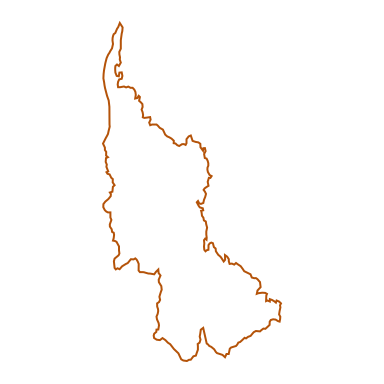 Araguanã, Tocantins, Brazil
{"feature_id": "56859067B14551772321426", "entity_name": "Araguanã", "entity_type": "district", "adm_level": 2, "iso_a3": "BRA", "parent_name": "Brazil", "parent_adm1": "Tocantins", "projection": "equal_earth", "projection_center": [-48.525, -6.736], "detail": "fine", "context": "isolated", "style": "outline", "palette": "amber", "viewbox_px": 384, "rotation_deg": 0, "n_neighbors": 0, "source": "geoboundaries", "source_scale": "gbopen_adm2", "svg_char_len": 4708}
<svg xmlns="http://www.w3.org/2000/svg" viewBox="0 0 384 384"><path d="M103.0,143.6L104.9,147.6L104.9,150.0L106.2,151.9L106.1,155.6L107.9,157.2L106.0,158.1L105.7,161.9L106.8,164.6L106.4,166.8L108.2,171.4L106.5,172.2L107.5,173.8L109.6,174.4L110.4,176.0L111.2,177.7L112.8,179.1L112.7,182.4L114.6,185.2L112.9,186.8L112.4,191.7L109.9,192.5L110.9,194.0L110.7,196.2L108.3,199.1L105.3,201.6L103.4,204.1L103.3,207.2L104.8,210.1L106.2,211.5L107.9,212.4L110.4,212.4L110.4,217.5L111.4,219.9L109.8,224.4L109.9,226.6L111.7,229.3L112.1,231.9L113.7,232.7L114.1,234.8L113.7,238.1L113.0,240.6L115.0,241.0L116.5,241.8L119.0,246.4L119.0,250.4L119.4,253.5L118.6,255.3L114.6,258.6L113.9,261.3L114.6,267.9L115.8,269.4L117.5,268.3L119.6,269.2L122.1,266.3L125.8,264.0L127.7,263.1L130.9,259.2L133.6,259.4L135.3,258.4L136.6,259.6L137.7,261.5L138.7,263.9L138.6,270.5L139.9,272.1L141.7,272.1L143.8,272.2L146.5,273.0L148.3,273.5L150.2,273.6L154.2,274.3L156.0,271.8L158.3,269.5L158.6,273.0L160.5,275.5L158.7,279.7L158.9,282.2L161.3,286.1L161.7,289.7L160.9,291.8L159.9,295.0L159.4,296.8L160.1,299.9L159.0,302.1L157.1,303.4L157.2,306.6L158.0,309.0L158.2,311.0L157.7,313.8L156.5,316.6L157.0,319.4L158.6,323.0L159.0,325.3L158.3,329.5L156.5,329.6L156.3,331.9L154.2,333.7L153.7,335.6L154.1,338.0L156.7,339.7L159.9,340.1L162.5,338.1L165.4,340.1L167.9,342.7L170.2,344.2L173.9,349.0L178.4,353.3L181.2,359.3L183.3,360.5L186.9,361.0L189.0,359.8L190.8,359.7L193.4,356.3L195.9,355.6L196.5,353.6L197.9,349.7L197.9,346.0L197.7,344.0L199.6,342.6L200.5,339.6L199.7,336.6L200.2,334.0L200.8,329.7L203.2,327.9L206.7,343.5L208.1,344.5L209.2,345.9L211.3,346.9L214.2,349.3L215.8,351.9L217.0,353.1L219.8,354.0L222.5,354.9L225.0,357.2L226.5,354.0L228.7,354.0L229.8,348.7L231.1,347.5L234.0,346.6L236.0,346.0L237.3,344.5L238.3,342.6L240.1,342.0L241.8,340.5L244.6,337.8L246.0,338.4L248.1,336.8L250.6,335.9L252.4,333.7L253.7,332.2L255.9,331.0L260.0,331.4L261.5,330.0L263.4,328.6L265.4,328.8L267.6,326.8L269.6,324.9L269.7,321.7L270.8,320.0L273.1,319.3L275.6,319.6L278.0,321.1L279.6,321.6L280.1,319.2L280.3,316.7L279.1,314.4L279.6,311.1L280.4,307.4L280.0,305.3L281.0,303.4L279.0,301.5L276.6,300.5L275.9,302.6L274.3,301.3L272.1,300.0L269.9,299.2L269.8,301.5L267.5,300.5L266.1,301.1L266.3,295.6L267.0,293.9L265.2,292.9L262.3,292.7L258.4,293.2L256.8,293.8L257.5,290.5L260.6,287.1L260.0,282.1L257.4,279.1L255.9,278.1L254.2,278.2L251.8,277.5L250.5,274.3L244.2,271.2L242.7,268.9L240.7,266.2L237.5,264.1L236.0,263.0L234.2,264.6L231.9,263.6L229.6,263.9L228.8,261.3L228.8,259.2L227.2,256.7L225.0,255.1L225.1,259.8L223.7,261.5L220.9,257.2L219.7,256.0L218.3,254.9L215.9,251.3L215.6,248.5L213.9,247.1L212.9,243.2L211.3,242.6L209.7,243.4L208.5,245.1L208.5,247.6L208.4,249.8L206.8,250.2L205.5,251.3L204.3,249.8L204.0,246.6L204.3,243.4L204.0,240.2L205.2,238.6L206.5,239.7L206.7,237.7L206.3,234.5L206.3,231.5L207.1,227.6L206.2,224.2L205.8,221.5L203.9,220.4L203.4,217.7L202.0,215.8L201.6,212.6L201.1,210.8L203.2,210.3L202.8,208.3L199.8,207.4L198.6,205.7L196.8,202.3L198.0,201.0L199.2,203.4L200.9,203.9L203.3,203.0L204.0,199.8L205.2,196.9L206.0,193.9L204.9,191.6L203.6,189.9L204.6,188.4L206.4,187.1L208.5,185.8L208.1,183.8L207.7,181.8L208.9,177.8L210.4,177.9L211.6,176.1L209.6,175.0L207.9,172.0L207.4,169.6L207.5,167.6L208.3,165.7L208.3,163.2L207.7,160.9L206.6,158.6L204.8,158.0L204.1,154.0L205.6,151.1L204.9,148.1L203.4,148.2L203.0,150.7L200.5,147.3L200.3,143.8L198.4,142.4L195.6,141.9L192.6,140.9L190.8,135.5L188.7,136.4L186.5,139.2L186.5,143.2L185.6,144.9L183.9,144.1L182.0,144.2L179.2,146.0L177.3,145.2L175.5,143.5L173.7,143.2L173.8,140.7L171.5,138.6L169.3,137.3L167.2,136.4L165.2,134.6L162.9,129.6L159.7,127.8L157.9,125.7L156.5,124.5L154.3,124.5L152.2,124.5L150.2,125.2L149.2,122.6L150.6,119.6L150.1,117.1L146.9,117.6L144.3,117.9L142.8,117.3L143.1,115.0L142.6,112.2L141.6,109.6L142.6,107.0L142.4,104.1L141.0,102.5L139.1,100.8L139.9,97.0L138.7,95.8L137.3,98.0L135.2,98.5L135.8,94.9L135.4,91.9L134.3,89.6L132.6,87.8L130.5,87.8L128.3,86.6L126.1,87.4L124.0,86.5L120.1,87.2L118.1,87.2L117.7,84.4L118.1,81.8L119.2,79.4L121.7,78.8L122.4,75.9L121.7,72.4L119.4,72.6L118.8,76.3L116.7,75.9L115.4,72.6L115.2,70.0L115.2,67.9L115.4,66.0L117.0,64.5L118.9,66.0L120.8,62.6L119.8,59.6L120.0,57.3L119.4,54.4L119.3,51.9L120.8,48.7L120.8,40.3L121.7,33.6L122.3,31.1L122.6,27.4L119.8,23.0L118.2,27.1L117.1,28.7L116.2,30.8L115.3,33.0L113.7,34.2L113.0,36.1L112.6,38.1L112.5,40.5L113.0,44.0L112.0,48.4L110.4,50.9L109.3,53.0L108.2,54.6L106.6,58.2L105.3,63.3L104.0,70.4L103.6,74.0L103.4,78.4L104.1,82.2L104.5,85.2L105.0,87.9L107.0,95.6L107.6,97.4L108.7,100.5L109.4,106.8L109.5,124.4L109.7,126.7L108.6,131.0L108.0,133.9L107.1,135.7L105.8,138.0L103.0,143.6Z" fill="none" stroke="#b45309" stroke-width="2"/></svg>